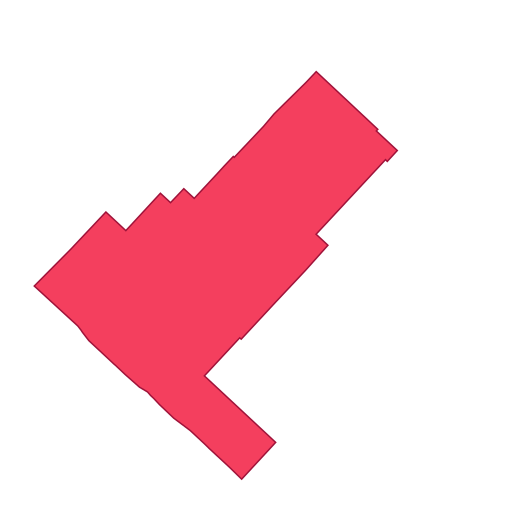 outline of Park, Montana, United States of America, rotated 43°
{"feature_id": "52423323B27264178568267", "entity_name": "Park", "entity_type": "district", "adm_level": 2, "iso_a3": "USA", "parent_name": "United States of America", "parent_adm1": "Montana", "projection": "equal_earth", "projection_center": [-110.469, 45.592], "detail": "fine", "context": "isolated", "style": "filled", "palette": "rose", "viewbox_px": 512, "rotation_deg": 43, "n_neighbors": 0, "source": "geoboundaries", "source_scale": "gbopen_adm2", "svg_char_len": 811}
<svg xmlns="http://www.w3.org/2000/svg" viewBox="0 0 512 512"><g transform="rotate(43 256 256)"><path d="M114.3,429.2L114.5,429.2L173.4,428.7L178.8,429.6L181.2,430.2L191.5,431.9L226.3,431.9L227.5,431.8L240.9,431.9L260.3,431.4L269.4,429.4L274.1,429.9L278.1,429.9L286.7,430.5L306.5,430.7L326.9,428.5L345.9,428.5L346.1,428.5L351.5,428.6L353.0,428.7L380.1,428.6L397.7,429.0L397.5,380.3L397.5,378.9L337.1,378.9L300.0,378.9L299.9,327.0L301.9,326.9L301.8,276.7L302.0,232.9L301.3,199.1L285.1,199.1L285.0,97.2L287.5,97.3L287.4,82.5L258.7,82.5L258.7,80.3L174.3,80.1L174.2,94.9L172.3,139.6L173.1,156.3L172.8,198.7L171.5,198.7L171.4,211.4L171.5,223.4L171.5,249.3L171.5,256.0L157.3,256.0L157.1,275.3L143.3,275.3L143.5,326.2L116.2,326.2L115.9,377.6L114.3,429.2Z" fill="#f43f5e" stroke="#9f1239" stroke-width="1.5"/></g></svg>